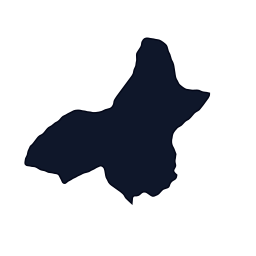 Vallejuelo, San Juan, Dominican Republic (Albers equal-area conic projection), rotated 306°
{"feature_id": "3306468B66406658248209", "entity_name": "Vallejuelo", "entity_type": "district", "adm_level": 2, "iso_a3": "DOM", "parent_name": "Dominican Republic", "parent_adm1": "San Juan", "projection": "albers", "projection_center": [-71.34, 18.666], "detail": "fine", "context": "isolated", "style": "filled", "palette": "ink", "viewbox_px": 256, "rotation_deg": 306, "n_neighbors": 0, "source": "geoboundaries", "source_scale": "gbopen_adm2", "svg_char_len": 3494}
<svg xmlns="http://www.w3.org/2000/svg" viewBox="0 0 256 256"><g transform="rotate(306 128 128)"><path d="M134.9,182.0L138.0,177.3L139.5,174.3L140.6,172.8L141.9,171.5L142.9,170.8L143.9,170.1L145.9,169.2L147.8,168.2L149.4,167.6L150.7,167.3L152.0,167.2L153.9,167.2L155.8,167.4L157.1,167.5L158.3,167.9L160.7,169.0L161.8,169.4L163.1,169.6L166.3,170.0L167.5,170.3L168.6,170.7L170.5,171.6L171.6,171.9L173.5,172.2L177.3,172.5L179.2,172.7L180.9,173.2L183.4,174.3L184.6,174.7L185.9,174.8L190.6,175.0L196.8,175.0L199.4,175.0L200.7,174.8L201.9,174.6L202.9,174.1L203.9,173.4L202.8,170.8L201.4,168.3L201.0,167.4L200.6,166.3L200.0,163.4L199.5,162.4L198.9,161.4L196.2,158.0L193.4,152.6L193.1,151.4L192.9,149.6L192.9,147.2L193.0,145.4L193.1,144.2L193.4,143.1L193.9,142.1L194.9,140.2L195.6,138.6L196.2,137.6L196.9,136.6L198.2,135.2L204.6,128.9L205.9,127.5L206.6,126.5L207.3,125.5L208.6,122.9L211.9,118.6L213.5,115.6L216.5,111.8L217.1,110.7L217.3,110.2L217.6,108.4L217.7,106.0L217.6,103.6L217.3,101.8L216.9,100.8L215.7,98.4L214.8,96.3L213.5,93.9L212.3,91.4L211.7,90.5L210.9,89.7L210.0,89.1L209.4,88.9L208.3,88.7L207.1,88.8L206.0,88.9L205.4,89.1L203.1,90.3L202.6,90.5L201.5,90.8L199.7,91.0L195.5,91.2L193.7,91.4L193.2,91.6L192.1,92.2L188.8,94.8L187.8,95.5L185.8,96.4L183.4,97.7L182.4,98.1L179.5,98.7L178.4,99.0L176.0,100.1L174.9,100.5L174.3,100.6L172.4,100.8L170.5,100.8L147.7,100.6L144.5,100.7L142.6,100.9L141.5,101.2L139.1,102.4L138.0,102.7L136.3,102.9L135.2,102.8L134.0,102.5L133.0,102.0L129.2,99.0L126.6,97.6L125.6,97.0L123.6,95.3L121.4,93.0L120.2,91.5L119.5,90.4L118.6,88.3L117.0,85.5L116.2,83.4L114.9,81.0L114.0,78.9L113.4,77.9L112.7,76.9L111.5,75.5L110.1,74.3L109.0,73.7L107.0,72.7L104.1,71.2L102.0,70.3L100.1,69.3L99.2,68.8L97.4,68.4L93.9,68.1L92.8,67.8L91.7,67.5L89.3,66.3L84.8,65.1L82.4,64.0L81.4,63.6L79.6,63.3L75.4,63.1L73.6,62.9L72.0,62.4L69.6,61.2L67.8,60.8L65.9,60.7L60.8,60.6L58.9,60.5L57.6,60.3L55.9,59.9L50.9,60.9L49.8,61.3L47.4,62.4L46.3,62.7L43.4,63.2L42.4,63.6L39.7,65.0L39.0,65.6L38.6,65.9L38.4,66.4L38.3,66.9L38.3,67.4L38.3,67.9L38.7,68.8L39.7,70.6L40.6,72.6L41.7,74.5L42.2,75.5L42.6,77.2L42.9,80.8L43.1,81.9L43.5,83.0L44.6,85.4L44.9,86.5L45.5,89.4L46.0,90.4L47.3,92.8L48.2,94.9L49.1,96.7L49.5,97.7L49.6,98.2L49.6,99.4L49.3,100.4L48.1,102.7L47.1,104.7L46.1,106.4L45.7,107.3L45.7,107.8L45.7,108.3L45.8,108.8L46.1,109.2L46.5,109.6L46.9,109.8L49.8,110.6L52.7,112.0L54.8,112.8L57.7,114.4L59.8,115.3L62.6,116.9L64.7,117.9L66.2,118.9L69.0,121.2L70.0,121.9L72.1,122.8L75.0,124.4L77.6,125.5L80.7,127.3L81.4,127.9L81.7,128.4L81.9,128.9L82.1,130.0L82.0,131.1L81.7,132.2L81.4,132.7L80.3,134.2L76.7,137.9L75.5,139.3L74.9,140.4L74.2,141.9L72.9,144.3L72.6,145.4L72.3,146.6L72.2,148.5L72.3,159.1L72.1,162.3L71.7,164.1L70.6,166.5L70.1,168.1L69.2,175.5L73.8,172.7L74.7,172.4L75.7,172.3L76.2,172.5L76.6,172.7L77.0,173.0L78.4,174.8L79.5,175.7L80.0,176.0L81.0,176.4L83.7,177.0L84.7,177.5L85.2,177.8L85.9,178.6L86.5,179.5L86.7,180.1L86.9,180.7L87.0,181.9L87.1,186.3L87.3,187.4L87.5,188.0L87.8,188.4L88.5,189.1L90.7,190.4L91.6,190.9L92.1,191.1L93.3,191.4L96.8,191.8L98.6,192.1L99.1,192.3L100.1,192.9L102.9,194.9L103.8,195.3L104.3,195.4L105.2,195.3L107.5,194.6L108.6,194.5L109.8,194.5L111.4,194.8L113.3,195.6L114.3,196.0L115.4,196.1L115.9,196.1L116.9,195.8L118.6,195.0L118.9,192.6L119.2,191.5L119.6,190.6L119.9,190.2L120.4,189.8L121.4,189.4L124.2,189.0L125.2,188.7L126.0,188.1L127.6,186.3L128.7,185.3L129.7,184.7L131.7,183.7L133.5,182.7L134.9,182.0Z" fill="#0f172a" stroke="#020617" stroke-width="1.5"/></g></svg>